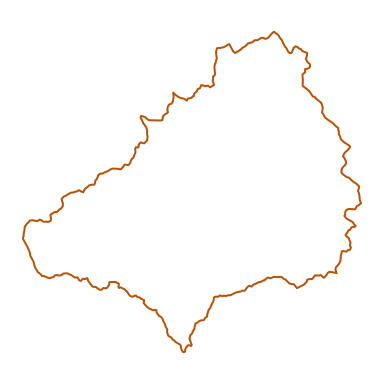 Corongo, Áncash, Peru (Robinson projection)
{"feature_id": "86281439B61855714757276", "entity_name": "Corongo", "entity_type": "district", "adm_level": 2, "iso_a3": "PER", "parent_name": "Peru", "parent_adm1": "Áncash", "projection": "robinson", "projection_center": [-77.904, -8.563], "detail": "fine", "context": "isolated", "style": "outline", "palette": "amber", "viewbox_px": 384, "rotation_deg": 0, "n_neighbors": 0, "source": "geoboundaries", "source_scale": "gbopen_adm2", "svg_char_len": 5924}
<svg xmlns="http://www.w3.org/2000/svg" viewBox="0 0 384 384"><path d="M336.4,273.0L335.5,269.8L335.9,267.4L338.9,264.0L340.4,261.3L340.8,255.7L341.9,251.5L342.2,251.1L342.8,251.0L346.5,251.6L348.2,249.9L349.5,250.0L350.0,249.8L350.9,247.7L350.0,245.6L350.5,242.2L349.7,240.9L348.6,237.9L346.2,236.1L345.7,235.3L345.7,234.6L347.8,231.8L348.4,230.4L349.9,229.8L350.5,229.1L351.1,227.8L351.8,227.2L354.8,226.8L355.6,225.9L354.1,224.4L352.6,222.0L346.7,218.7L345.2,217.0L344.4,215.9L345.1,214.6L345.3,211.9L346.3,210.2L347.3,209.4L349.3,209.0L354.3,209.3L355.3,209.1L356.9,206.0L358.8,205.1L361.0,203.3L359.8,199.9L359.4,195.2L358.1,190.6L359.2,187.0L359.0,186.3L356.4,183.7L353.4,181.9L349.1,177.8L346.6,177.0L343.2,174.5L341.7,173.1L341.4,172.0L341.7,169.1L342.8,167.4L344.9,165.2L345.8,163.9L346.1,162.7L345.7,160.8L344.4,158.0L343.1,156.4L343.8,154.3L344.6,152.9L349.2,148.5L350.1,147.0L350.0,146.4L349.1,145.5L344.0,142.2L340.8,139.2L340.1,136.4L338.8,134.1L338.9,131.5L338.2,129.7L338.3,128.1L335.0,125.5L332.8,123.0L329.1,120.6L324.9,117.4L323.5,114.4L322.0,112.4L322.8,107.8L321.6,103.8L320.6,102.2L316.6,99.1L314.7,97.0L312.8,96.4L309.2,91.0L303.6,86.5L302.9,86.2L302.7,85.7L302.8,78.6L302.5,77.1L302.5,74.5L305.1,72.3L305.1,69.2L305.3,69.0L306.6,68.9L308.4,68.3L309.3,67.8L310.1,66.3L309.9,64.3L307.5,62.0L305.9,59.1L307.0,55.5L307.1,53.0L302.3,51.0L301.0,49.3L299.0,48.5L297.5,47.0L295.7,46.4L295.3,46.5L293.5,48.1L291.8,52.6L291.0,53.1L289.4,52.9L288.0,51.4L286.4,48.2L285.2,46.8L283.0,43.0L282.0,40.4L279.6,37.4L278.9,35.9L278.1,34.9L276.7,33.7L276.0,33.5L274.2,31.8L273.6,32.0L271.5,33.8L268.7,37.3L266.9,38.5L265.7,38.8L264.9,38.7L263.5,37.9L262.5,37.7L261.0,38.0L257.5,40.2L254.5,40.3L252.5,42.2L248.0,43.4L245.5,46.1L242.5,47.8L240.5,49.8L238.8,50.7L238.3,51.4L237.0,51.7L235.4,52.9L234.9,52.9L233.2,51.4L229.4,44.3L228.2,44.5L223.9,47.2L219.8,48.0L217.3,48.1L217.0,48.4L216.1,51.4L216.1,53.6L216.8,58.2L215.9,61.0L215.6,63.1L215.0,63.9L214.4,66.6L215.0,74.3L214.3,75.8L213.1,76.5L213.0,77.0L213.2,79.1L212.7,81.3L214.1,84.7L213.7,85.2L210.1,87.3L207.8,85.7L206.1,85.9L205.3,86.3L203.4,85.5L201.7,85.1L201.2,85.3L200.0,88.1L199.5,88.5L198.2,88.8L197.6,89.3L196.7,91.4L194.6,93.2L194.0,94.4L193.9,95.9L192.7,96.4L191.7,97.7L187.7,98.7L186.8,100.5L184.2,98.8L180.7,98.0L179.2,97.4L176.3,95.4L173.4,92.9L173.2,93.8L173.5,95.2L173.5,97.7L172.8,101.6L171.6,103.6L169.5,104.3L168.4,105.5L167.5,108.0L167.4,110.5L167.9,112.2L167.1,113.1L165.1,114.2L163.0,116.3L162.3,120.1L161.9,120.3L160.0,120.5L149.2,120.2L147.9,119.6L145.0,117.0L141.2,115.9L140.6,117.2L140.9,118.4L142.2,120.7L143.2,123.1L146.1,127.1L147.1,130.3L147.1,133.6L147.6,137.1L147.1,140.5L144.2,143.3L143.0,143.2L141.1,142.4L140.2,142.8L138.5,145.1L138.7,146.4L138.3,147.4L136.0,147.3L135.2,148.7L135.5,152.3L133.2,157.9L131.7,159.1L130.7,161.1L130.3,162.6L129.1,164.5L128.3,165.1L125.0,164.6L124.4,164.9L123.5,166.5L121.0,169.2L120.2,169.3L116.9,168.7L112.8,168.6L111.4,168.9L109.6,169.9L108.1,171.0L104.7,172.3L102.8,173.5L100.3,173.6L99.5,174.1L98.2,175.4L97.4,178.0L96.5,179.4L95.4,180.5L95.0,183.3L94.5,184.3L94.3,184.6L91.5,184.7L88.9,185.5L87.9,186.7L85.0,188.8L83.2,192.2L81.7,191.8L79.2,190.3L78.7,190.3L76.9,191.4L75.2,191.7L73.5,192.4L70.7,192.7L65.3,196.0L63.4,196.8L61.7,199.0L61.8,200.2L62.9,203.4L62.8,206.2L60.8,208.8L59.3,209.5L57.2,211.9L54.2,212.2L50.5,214.7L51.0,219.2L50.9,220.2L50.5,220.8L48.9,221.7L47.9,221.9L46.0,221.6L44.0,221.8L42.4,221.1L41.3,220.1L39.9,219.7L39.0,220.0L37.8,220.9L36.8,221.1L32.4,220.2L29.7,220.6L29.2,221.6L27.1,223.6L24.8,226.7L24.3,230.9L23.9,232.3L23.5,236.3L23.0,238.0L23.0,238.8L27.4,246.8L29.8,252.5L30.4,256.0L33.6,261.8L34.5,266.1L35.2,267.6L37.9,272.1L40.6,274.2L41.9,275.9L44.3,276.2L48.1,277.8L50.1,278.2L51.2,277.5L53.6,277.0L55.0,275.3L57.4,275.1L58.1,275.5L60.3,275.5L61.7,274.9L63.4,273.5L67.2,273.3L71.3,275.1L74.7,277.5L77.6,277.4L79.2,280.2L80.2,280.8L81.1,280.7L82.8,278.8L85.0,279.0L87.3,278.2L87.6,278.6L88.2,280.9L92.2,286.3L93.7,286.9L95.8,286.9L97.1,288.1L99.6,289.7L100.6,289.9L101.8,289.6L103.2,288.1L103.9,288.0L105.9,288.4L107.0,287.9L109.1,284.9L109.3,284.2L109.2,282.7L109.5,282.1L114.6,281.9L116.1,282.1L117.0,282.9L118.1,283.2L118.7,283.8L118.8,285.0L118.4,286.7L118.7,287.4L119.1,287.9L120.3,287.4L121.1,287.5L122.7,288.5L124.0,288.9L127.4,292.0L128.7,294.3L130.3,296.0L131.3,296.5L132.7,296.7L135.3,295.5L135.9,295.5L137.5,297.2L139.5,297.4L140.9,298.6L143.9,300.0L144.2,300.9L143.6,302.6L143.7,303.1L146.6,306.5L149.0,308.5L150.8,309.1L152.6,310.2L155.6,309.9L156.4,310.2L156.4,311.9L157.3,313.5L159.3,316.2L160.7,316.7L161.5,317.4L162.9,319.7L163.8,322.3L164.9,324.1L165.7,326.8L167.2,329.3L167.2,332.5L168.2,335.6L169.2,336.4L171.2,337.4L172.7,339.6L174.1,340.4L175.9,342.2L180.2,344.7L180.6,345.4L181.2,348.8L181.6,349.8L182.8,351.8L183.8,352.2L185.1,351.5L185.2,349.5L186.1,347.5L187.6,345.6L188.8,345.1L190.6,345.9L191.2,345.8L191.7,344.8L189.4,338.6L189.7,338.0L189.8,336.6L190.2,335.4L191.7,333.8L192.5,332.6L192.8,331.1L194.1,329.5L195.4,323.7L197.7,322.4L199.4,321.0L200.7,320.5L203.7,320.1L205.6,317.5L207.1,316.5L207.3,315.8L207.1,315.0L208.6,310.0L210.4,307.7L211.1,305.6L213.5,300.8L213.9,297.7L214.7,296.9L215.8,296.6L218.1,296.8L218.7,296.5L219.7,295.5L222.2,296.1L223.5,295.8L226.4,295.9L228.5,295.2L230.4,295.3L235.2,292.8L238.2,291.9L241.0,291.4L242.7,290.6L243.8,290.8L244.9,290.5L247.6,286.8L248.5,286.3L249.5,285.8L251.3,286.5L251.9,286.4L252.8,285.1L254.8,284.0L256.2,283.7L257.8,282.5L261.5,281.6L263.5,280.3L264.6,280.3L265.1,279.4L265.6,279.3L267.4,277.8L268.5,277.6L270.6,278.2L273.7,277.0L278.5,277.1L280.9,276.9L281.9,277.2L283.5,278.7L285.5,279.6L289.3,283.4L291.9,284.2L293.8,284.2L297.0,288.1L304.0,284.6L306.7,281.7L307.3,279.7L308.9,279.2L311.8,279.0L312.5,278.7L315.1,275.3L318.9,275.6L320.8,275.1L323.4,277.5L324.0,277.7L326.5,275.0L327.8,272.9L329.2,271.9L331.4,272.0L336.4,273.0Z" fill="none" stroke="#b45309" stroke-width="2"/></svg>